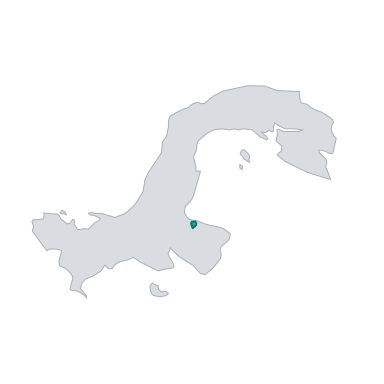 location of Chitré, Herrera, Panama, rotated 323°
{"feature_id": "35544464B26445161390898", "entity_name": "Chitré", "entity_type": "district", "adm_level": 2, "iso_a3": "PAN", "parent_name": "Panama", "parent_adm1": "Herrera", "projection": "natural_earth1", "projection_center": [-80.453, 7.98], "detail": "fine", "context": "in_parent", "style": "filled", "palette": "teal", "viewbox_px": 384, "rotation_deg": 323, "n_neighbors": 0, "source": "geoboundaries", "source_scale": "gbopen_adm2", "svg_char_len": 4774}
<svg xmlns="http://www.w3.org/2000/svg" viewBox="0 0 384 384"><g transform="rotate(323 192 192)"><path d="M338.3,176.5L337.3,177.4L334.3,182.3L332.7,186.5L336.6,190.9L337.7,195.6L339.9,200.7L343.3,205.8L347.0,215.3L347.9,219.1L346.9,221.6L343.3,223.1L339.9,227.6L339.0,233.0L339.7,235.7L329.7,244.3L327.1,245.8L325.4,244.5L323.2,240.1L320.7,236.6L319.3,235.4L318.5,235.3L317.7,236.1L317.3,238.0L318.7,246.2L317.6,249.5L314.2,252.0L310.3,265.3L308.7,263.6L295.9,245.7L284.7,223.6L282.4,213.6L285.2,213.0L288.0,213.3L289.5,211.7L291.3,208.8L289.9,202.0L295.3,196.9L297.3,193.4L298.8,193.8L302.3,199.7L307.5,203.1L313.8,208.0L317.7,209.1L312.8,204.0L304.2,197.2L301.8,192.7L299.5,186.5L296.2,189.2L294.7,191.5L292.9,192.8L291.4,191.2L291.2,189.2L286.1,188.8L284.9,187.0L283.5,186.0L284.1,189.9L285.1,192.3L284.6,195.1L283.0,195.3L281.6,192.4L279.8,189.7L277.4,178.4L271.7,173.1L269.0,171.3L266.9,170.6L263.7,167.0L259.5,165.1L253.8,159.5L246.8,155.5L238.2,154.1L227.8,154.9L224.3,157.2L221.9,160.0L220.8,161.3L214.6,164.6L212.3,169.3L210.8,173.2L207.8,177.7L211.3,180.4L191.2,195.7L187.2,197.9L178.2,199.5L176.2,201.1L173.4,204.1L173.0,208.7L173.5,212.6L176.1,215.6L178.4,217.5L184.0,226.6L193.9,238.1L195.8,242.3L197.4,248.5L194.4,251.4L192.0,252.6L182.6,253.1L179.3,255.6L178.0,259.3L174.5,262.4L162.3,265.5L152.7,265.8L149.7,262.3L149.0,252.3L142.6,235.3L141.1,223.6L139.4,225.1L136.0,226.5L134.9,229.4L134.0,238.0L132.7,240.9L130.1,240.7L124.7,237.6L117.5,234.7L108.3,216.4L107.3,213.0L105.6,208.9L98.5,207.1L92.4,204.1L85.8,203.6L82.5,205.3L79.0,203.1L78.4,198.1L71.5,200.3L62.6,199.6L54.7,197.4L49.2,198.6L44.7,202.1L45.3,211.2L44.0,213.0L43.8,209.3L42.2,205.0L40.3,201.5L36.3,197.8L36.1,196.4L37.7,194.6L45.0,189.2L45.9,187.0L46.0,182.4L45.3,178.0L42.0,171.4L43.9,167.4L47.7,164.2L51.5,161.6L52.2,160.5L51.4,158.3L49.2,155.9L44.0,151.8L40.8,151.6L40.7,139.8L40.9,127.4L41.7,126.2L43.6,125.4L45.1,123.5L46.0,119.8L48.3,118.5L52.5,121.4L56.7,123.9L58.4,123.0L59.8,121.8L60.7,120.6L61.0,119.5L64.4,122.8L71.3,128.7L71.7,131.6L71.0,134.3L72.9,142.3L76.5,143.5L80.1,141.9L81.0,143.4L80.3,144.9L78.5,146.5L78.0,153.3L83.9,156.5L86.9,159.3L96.7,158.0L100.3,158.8L102.8,158.0L100.1,152.5L96.4,148.4L96.7,146.6L99.5,147.9L101.6,150.7L106.4,154.1L115.3,166.0L125.5,168.9L133.6,168.5L141.1,166.9L153.1,162.3L161.8,153.9L168.7,150.2L191.1,142.3L199.1,133.9L202.5,132.9L205.7,131.8L212.7,125.5L216.5,120.6L220.5,118.2L232.3,119.9L240.0,122.3L245.3,122.0L250.4,123.6L252.7,127.2L255.0,128.7L267.5,128.3L277.8,130.1L300.4,140.6L313.8,151.1L321.0,162.2L338.3,176.5ZM112.2,258.8L109.2,259.2L103.3,256.5L98.9,251.4L98.5,249.7L98.6,248.0L101.0,242.7L104.2,240.9L105.5,240.9L108.5,247.0L106.5,249.4L107.3,253.1L111.6,255.9L112.2,258.8ZM256.9,200.4L255.8,203.0L253.3,197.1L253.7,195.6L253.5,190.3L255.9,188.9L257.6,188.8L259.1,189.6L260.0,195.8L259.3,198.6L256.9,200.4ZM78.6,131.6L78.0,134.5L73.9,129.3L76.4,128.5L77.2,128.6L78.6,131.6ZM247.9,201.6L245.5,204.4L244.6,201.8L246.3,199.1L246.9,199.0L247.9,201.6Z" fill="#d9dde1" stroke="#a8b0b8" stroke-width="1"/><path d="M171.8,218.0L171.8,218.3L171.8,218.2L171.7,218.2L171.7,218.3L171.7,218.2L171.6,218.3L171.5,218.5L171.4,218.7L171.5,218.7L171.4,218.6L171.2,218.7L171.2,218.8L171.2,218.7L171.2,218.8L170.6,221.4L170.7,221.5L170.8,221.5L171.0,221.5L171.3,221.6L171.5,221.5L171.7,221.4L171.8,221.3L171.9,221.2L172.0,221.2L172.2,220.9L172.3,220.7L172.5,220.7L172.8,220.8L173.0,220.9L173.1,221.0L173.2,221.4L173.2,221.5L173.3,221.5L173.4,221.4L173.4,221.1L173.4,220.8L173.5,220.8L173.6,221.0L173.8,221.3L174.0,221.4L174.2,221.2L174.3,221.0L174.5,221.2L174.8,221.0L175.1,221.0L175.2,220.9L175.3,221.0L175.5,221.0L175.5,220.9L175.6,220.7L175.9,220.5L176.0,220.4L176.3,220.3L176.4,220.2L176.4,219.9L176.5,219.9L176.7,219.6L176.8,219.5L176.9,219.4L177.0,219.2L177.0,218.9L176.9,218.8L176.7,218.9L176.5,218.7L176.5,218.4L176.4,218.3L176.5,218.2L176.5,217.9L176.7,218.0L176.8,218.1L176.8,217.9L177.0,217.8L177.1,217.7L177.1,217.4L176.9,217.3L176.7,217.2L176.6,217.3L176.4,217.3L176.3,217.2L176.2,217.0L176.1,216.9L175.9,216.9L175.7,216.8L175.6,216.7L175.6,216.8L175.5,216.7L175.4,216.6L175.4,216.4L175.2,216.3L175.1,216.2L174.8,216.1L174.7,216.1L174.4,216.0L174.2,216.0L174.1,215.9L174.0,215.7L173.9,215.8L173.7,216.0L173.6,216.3L173.4,216.3L173.3,216.2L173.5,216.0L173.5,215.9L173.4,215.9L173.4,215.7L173.2,215.8L173.3,215.9L173.3,216.0L173.3,215.9L173.2,215.9L173.2,216.0L173.1,216.3L173.2,216.5L173.1,216.4L173.0,216.5L172.9,216.5L173.0,216.6L172.9,216.7L172.7,216.7L172.7,216.8L172.7,217.0L172.6,216.9L172.5,217.0L172.4,217.0L172.2,217.1L172.3,217.3L172.2,217.3L172.0,217.5L172.1,217.4L172.1,217.5L171.9,217.6L172.0,217.8L171.9,217.9L171.7,217.9L171.7,218.0L171.8,217.9L171.8,218.0Z" fill="#14b8a6" stroke="#0f766e" stroke-width="1.5"/></g></svg>